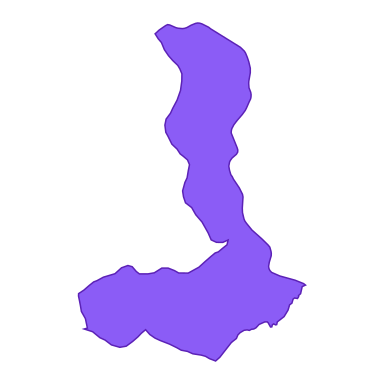 Tanchon City, Hamgyŏng-namdo, North Korea
{"feature_id": "82179303B77244062124892", "entity_name": "Tanchon City", "entity_type": "district", "adm_level": 2, "iso_a3": "PRK", "parent_name": "North Korea", "parent_adm1": "Hamgyŏng-namdo", "projection": "mercator", "projection_center": [128.863, 40.784], "detail": "fine", "context": "isolated", "style": "filled", "palette": "violet", "viewbox_px": 384, "rotation_deg": 0, "n_neighbors": 0, "source": "geoboundaries", "source_scale": "gbopen_adm2", "svg_char_len": 2619}
<svg xmlns="http://www.w3.org/2000/svg" viewBox="0 0 384 384"><path d="M102.6,277.6L96.9,280.7L93.7,281.9L89.3,285.4L83.9,290.1L78.6,293.6L78.5,296.0L79.5,300.8L80.4,305.5L81.4,311.5L85.4,318.6L87.4,328.1L84.2,329.0L92.6,331.7L99.9,337.7L105.1,340.1L111.4,344.9L119.8,347.3L126.2,346.2L132.6,341.5L138.0,336.8L141.3,333.3L145.6,329.7L149.8,334.5L155.0,338.1L160.2,340.5L169.7,344.2L177.0,347.8L181.2,350.2L187.5,351.4L192.8,353.8L201.2,355.1L205.5,356.3L209.6,358.7L212.8,359.9L215.6,361.0L219.8,357.3L231.2,342.7L232.7,341.4L236.4,338.5L237.9,334.9L240.2,332.6L244.1,330.3L247.1,329.9L249.4,330.4L251.4,329.3L253.8,329.0L256.0,327.8L259.0,324.5L264.8,321.9L267.2,321.9L268.1,322.7L270.5,327.0L271.8,326.9L272.3,324.9L273.6,323.9L275.6,324.9L276.7,324.6L277.3,321.9L284.1,316.6L288.0,310.2L288.6,308.3L289.6,304.8L291.9,303.2L293.1,299.1L294.5,298.0L297.5,298.5L298.7,296.6L298.5,295.6L300.6,293.7L301.9,287.9L302.2,286.6L305.5,285.1L303.6,283.6L295.1,280.2L279.9,276.0L271.6,272.4L269.8,270.4L268.9,268.4L268.6,266.2L269.3,262.2L271.2,255.8L271.3,253.4L271.0,251.3L269.8,247.1L268.0,244.9L262.1,239.1L251.9,230.0L246.4,223.2L244.9,221.1L244.0,219.0L242.5,212.7L242.3,208.2L243.0,197.0L242.5,194.3L239.3,187.9L233.4,179.1L232.3,176.8L230.8,174.6L229.5,170.2L228.8,166.1L229.6,161.8L230.7,159.9L232.1,158.0L236.4,154.3L237.7,152.1L237.8,150.0L237.2,147.9L231.2,133.0L231.3,130.9L231.8,128.7L233.9,124.7L237.1,120.5L242.2,114.6L244.4,111.6L245.2,110.5L246.4,108.2L249.2,101.8L250.6,98.9L251.0,97.0L251.1,94.6L250.7,92.2L249.0,87.8L248.7,83.5L248.8,81.3L250.3,72.7L250.3,68.2L248.8,61.8L247.3,57.3L245.6,53.2L244.4,51.2L240.4,47.3L210.6,28.8L208.6,27.2L202.0,23.9L199.8,23.2L197.6,23.0L195.5,23.4L191.1,25.2L188.8,26.5L186.8,27.6L184.7,28.3L182.5,28.6L178.0,28.2L176.0,27.7L169.8,25.0L167.6,24.6L165.6,25.6L164.0,26.7L159.2,30.0L155.1,33.8L158.3,38.9L161.4,42.5L164.4,49.7L168.5,55.7L172.7,60.5L177.8,65.4L179.9,69.0L181.9,73.8L181.8,81.0L180.5,90.5L177.1,100.1L172.7,108.4L170.5,113.2L166.1,119.1L164.9,125.1L165.8,132.3L167.8,135.9L171.9,144.2L177.1,149.1L180.2,153.9L183.3,156.3L187.5,159.9L189.5,164.7L188.3,170.6L187.1,177.8L184.9,182.5L182.6,190.9L183.5,196.8L185.5,202.8L191.7,207.6L195.8,214.8L202.0,222.0L208.1,232.8L211.2,239.9L216.4,242.3L219.6,242.4L222.8,242.4L228.1,240.0L227.0,244.8L222.6,248.3L218.3,251.9L215.1,253.0L210.8,256.6L205.4,261.3L198.9,267.2L188.2,273.1L181.8,273.0L178.7,273.0L174.5,270.6L168.2,268.1L161.8,268.1L154.3,272.8L147.9,273.9L139.4,273.9L136.3,271.5L132.2,266.7L127.9,265.5L121.5,267.8L115.0,273.7L103.3,277.2L102.6,277.6Z" fill="#8b5cf6" stroke="#5b21b6" stroke-width="1.5"/></svg>